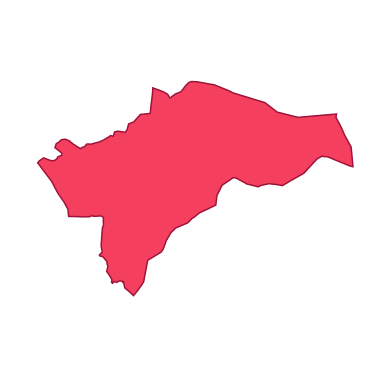 Al Ma'afer, Ta`izz, Yemen (Natural Earth projection), rotated 187°
{"feature_id": "15242507B70536042027816", "entity_name": "Al Ma'afer", "entity_type": "district", "adm_level": 2, "iso_a3": "YEM", "parent_name": "Yemen", "parent_adm1": "Ta`izz", "projection": "natural_earth1", "projection_center": [43.973, 13.376], "detail": "fine", "context": "isolated", "style": "filled", "palette": "rose", "viewbox_px": 384, "rotation_deg": 187, "n_neighbors": 0, "source": "geoboundaries", "source_scale": "gbopen_adm2", "svg_char_len": 3665}
<svg xmlns="http://www.w3.org/2000/svg" viewBox="0 0 384 384"><g transform="rotate(187 192 192)"><path d="M58.1,287.0L58.5,286.9L74.3,283.6L76.0,283.2L78.1,282.8L92.1,279.8L95.8,279.0L109.3,280.7L110.8,280.9L117.2,281.7L130.5,289.6L144.4,292.0L150.8,293.2L152.3,293.4L161.2,295.0L163.9,295.5L166.6,296.7L175.6,299.1L179.4,300.1L181.9,300.8L182.9,301.1L184.8,301.2L186.0,301.2L192.6,301.6L200.6,302.0L205.9,301.6L206.4,301.4L208.4,300.4L210.4,297.9L211.6,296.3L213.6,292.8L215.1,290.2L220.4,287.3L223.7,284.2L224.9,282.9L225.7,282.9L227.4,285.2L228.2,286.1L233.1,288.1L236.0,288.8L237.9,289.3L238.6,289.4L243.6,290.6L243.5,289.4L243.2,284.6L243.2,274.7L243.2,273.5L243.2,272.9L243.1,268.3L243.1,265.0L243.1,264.9L252.7,262.7L256.7,256.9L257.2,256.1L258.3,254.5L263.2,251.8L264.0,245.9L265.7,243.0L268.4,243.3L273.2,243.3L276.2,242.2L276.3,241.4L277.0,237.7L278.8,238.0L279.6,238.1L281.5,236.4L283.6,234.8L286.0,232.9L290.1,230.4L291.3,229.9L293.0,229.3L293.3,229.2L294.7,228.6L296.8,227.7L298.1,227.1L300.1,227.1L301.6,226.9L302.5,226.6L303.7,224.6L304.9,223.4L306.4,222.9L308.3,221.4L310.4,222.6L311.9,223.0L313.8,224.3L315.0,224.6L315.3,224.8L317.0,225.9L317.5,226.2L320.0,227.8L320.6,228.0L323.6,228.8L324.2,228.9L324.3,229.0L328.0,228.0L328.2,227.8L330.1,225.5L332.7,223.2L333.4,219.3L325.8,214.6L325.9,212.6L329.6,210.4L329.9,208.9L332.0,206.7L332.3,206.6L335.0,205.9L336.8,206.2L337.4,206.3L339.5,206.7L343.4,207.8L347.6,204.1L348.7,202.0L348.4,201.9L348.1,201.6L344.4,197.6L343.0,196.2L340.9,194.0L339.1,192.2L337.6,190.6L337.4,190.4L334.1,187.0L333.8,186.7L332.5,185.2L332.4,185.1L330.0,181.7L327.8,178.5L324.8,174.3L324.4,173.8L324.1,173.5L322.2,171.4L320.5,169.4L320.2,169.1L317.9,166.5L317.4,165.9L315.6,163.3L313.0,159.7L311.5,152.7L306.7,153.2L305.8,153.3L303.6,153.5L301.6,153.7L299.0,153.9L296.9,154.1L296.5,154.2L296.2,154.2L291.5,154.8L290.8,154.9L288.9,156.1L285.8,156.0L284.0,156.3L282.9,156.5L280.6,157.0L280.4,157.0L279.4,157.2L278.5,156.8L278.3,156.7L276.8,156.0L276.6,153.7L276.5,152.2L275.8,148.5L276.5,146.3L276.5,145.3L276.5,144.5L276.3,139.1L276.2,138.4L276.2,137.9L275.9,133.1L275.9,131.7L275.6,127.4L275.4,126.6L274.3,123.2L273.8,121.4L276.3,118.1L275.5,117.2L272.7,117.0L268.0,112.7L267.5,110.1L266.4,108.2L267.0,102.7L266.9,102.6L264.7,100.3L262.1,97.0L260.8,95.1L260.8,94.6L260.8,94.1L260.8,93.6L260.8,92.8L260.8,92.4L259.6,91.7L258.9,93.3L257.2,93.6L255.8,93.0L255.1,93.6L254.0,94.5L253.1,95.0L249.7,94.8L249.7,94.2L249.2,94.6L248.8,94.4L249.0,94.2L247.0,88.6L246.6,88.3L243.7,86.5L243.2,86.2L237.4,82.0L233.9,87.6L230.7,93.5L230.2,94.5L229.9,95.1L229.6,95.7L229.1,96.6L228.9,99.0L228.8,101.2L228.5,105.3L228.3,108.8L228.1,111.7L228.0,113.6L227.6,118.8L227.4,119.0L219.4,125.3L215.3,128.6L213.7,131.5L211.6,140.6L209.6,145.3L208.1,148.8L203.8,154.3L203.5,154.4L203.2,154.6L202.4,155.1L202.2,155.2L201.6,155.6L198.8,157.2L197.9,157.7L197.4,158.0L197.0,158.2L196.3,158.6L196.1,158.8L193.0,160.5L191.7,161.9L191.3,162.3L191.2,162.4L188.8,165.7L186.7,167.3L186.5,167.5L182.2,172.1L181.9,172.3L181.2,172.7L177.5,175.1L177.2,175.3L175.4,176.3L171.9,178.6L168.3,181.0L166.8,181.9L166.8,182.1L166.8,187.0L166.8,191.7L166.6,192.3L164.4,198.2L163.7,200.4L163.0,202.3L152.9,211.2L149.8,211.2L139.0,206.9L138.9,206.7L126.9,205.2L124.3,206.9L123.7,207.2L122.2,207.7L121.4,208.0L121.1,208.1L120.5,208.3L116.6,209.6L109.6,209.7L106.8,209.6L104.0,209.5L102.9,209.4L95.5,215.2L83.3,224.2L80.6,228.0L80.3,228.4L74.6,236.4L71.9,240.0L67.3,243.5L66.9,243.4L66.1,243.2L61.5,243.4L46.3,239.2L38.4,237.1L35.3,236.7L39.5,255.9L40.2,257.0L47.2,266.7L49.1,269.9L51.5,274.0L58.2,283.6L58.1,287.0Z" fill="#f43f5e" stroke="#9f1239" stroke-width="1.5"/></g></svg>